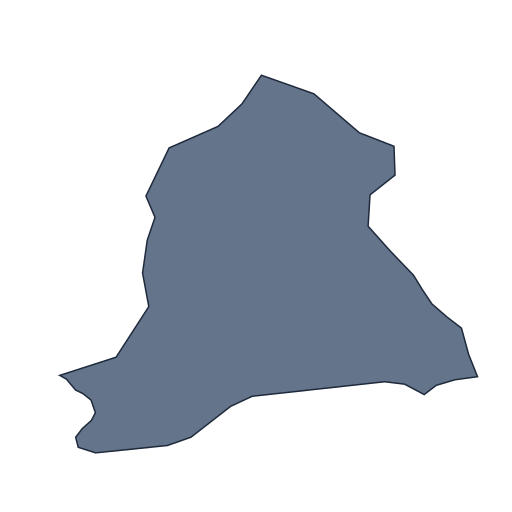 Peravia, Robinson projection, rotated 354°
{"feature_id": "DOM-1977", "entity_name": "Peravia", "entity_type": "Province", "adm_level": 1, "iso_a3": "DOM", "parent_name": "Dominican Republic", "parent_adm1": "", "projection": "robinson", "projection_center": [-70.38, 18.354], "detail": "fine", "context": "isolated", "style": "filled", "palette": "slate", "viewbox_px": 512, "rotation_deg": 354, "n_neighbors": 0, "source": "natural_earth", "source_scale": "10m", "svg_char_len": 699}
<svg xmlns="http://www.w3.org/2000/svg" viewBox="0 0 512 512"><g transform="rotate(354 256 256)"><path d="M463.7,399.2L441.0,399.9L421.6,403.5L408.8,411.4L390.4,399.0L370.8,394.5L237.6,395.1L215.2,402.8L172.4,429.4L148.1,435.2L75.9,435.0L59.2,427.7L57.7,417.4L65.3,409.4L75.0,402.4L79.9,395.1L76.9,382.1L69.8,375.0L62.5,370.4L54.6,358.7L48.3,354.2L106.3,342.0L144.1,295.1L141.4,261.1L149.5,228.9L159.6,207.0L152.8,184.9L180.9,139.4L231.8,123.1L257.9,103.3L280.3,76.8L330.6,100.8L371.7,144.3L404.7,161.3L402.7,190.1L375.8,207.1L370.6,238.1L389.8,264.8L410.7,291.7L418.0,307.0L425.9,322.0L439.5,336.6L452.8,349.2L457.2,376.1L463.7,399.2Z" fill="#64748b" stroke="#1e293b" stroke-width="1.5"/></g></svg>